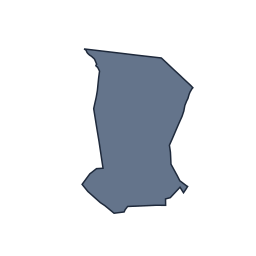 outline of Magdalena Peñasco, Oaxaca, Mexico, rotated 129°
{"feature_id": "50627088B16316446425098", "entity_name": "Magdalena Peñasco", "entity_type": "district", "adm_level": 2, "iso_a3": "MEX", "parent_name": "Mexico", "parent_adm1": "Oaxaca", "projection": "robinson", "projection_center": [-97.559, 17.235], "detail": "fine", "context": "isolated", "style": "filled", "palette": "slate", "viewbox_px": 256, "rotation_deg": 129, "n_neighbors": 0, "source": "geoboundaries", "source_scale": "gbopen_adm2", "svg_char_len": 1176}
<svg xmlns="http://www.w3.org/2000/svg" viewBox="0 0 256 256"><g transform="rotate(129 128 128)"><path d="M55.9,102.9L55.5,105.8L55.1,111.6L54.9,114.5L54.7,117.4L54.5,119.5L53.9,128.5L52.6,146.1L53.0,146.8L66.0,167.2L73.9,179.8L94.2,211.9L94.0,210.5L94.0,209.3L94.5,208.5L94.9,207.8L95.3,206.5L95.5,204.8L95.5,203.3L95.3,201.9L95.3,200.5L95.4,199.6L95.4,198.4L95.6,197.4L96.2,196.1L96.6,195.4L98.1,192.5L99.6,192.3L100.1,191.3L100.1,191.2L99.8,190.2L100.3,189.0L101.6,186.1L101.7,185.9L107.3,182.5L115.4,177.2L118.3,175.3L124.2,172.0L130.7,168.8L134.6,166.8L147.7,152.2L157.0,141.7L169.5,128.1L174.4,122.7L175.0,122.1L179.4,126.9L187.6,128.8L200.7,128.2L202.6,119.2L203.4,102.5L202.9,97.2L203.0,85.2L195.7,78.2L193.2,78.8L189.2,78.9L188.0,77.5L186.2,75.5L183.6,72.5L170.4,57.6L164.4,50.1L159.5,54.2L155.5,51.3L141.3,50.3L143.4,44.1L138.9,44.5L137.3,44.7L135.9,44.9L136.1,45.9L136.3,52.1L136.4,54.5L133.9,60.1L132.9,62.6L130.2,69.1L129.1,71.8L123.0,77.2L120.0,79.9L116.7,83.5L115.3,85.0L108.9,86.7L95.5,90.5L89.6,92.1L85.0,93.3L79.7,95.3L74.7,98.0L70.2,99.4L67.4,100.0L63.4,101.7L61.0,102.4L57.3,103.0L55.9,102.9Z" fill="#64748b" stroke="#1e293b" stroke-width="1.5"/></g></svg>